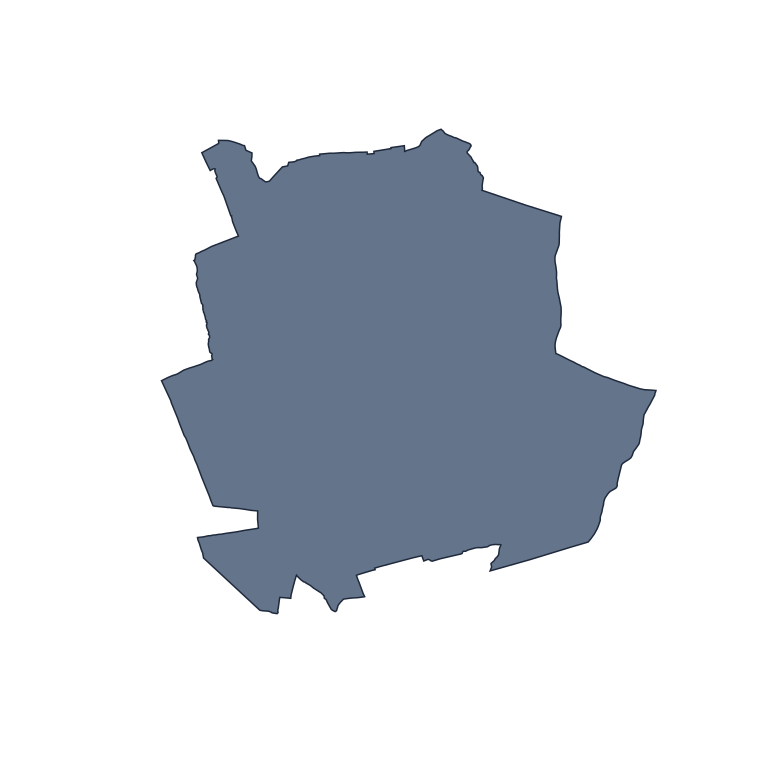 the district of Cozmesti, Iasi, Romania, rotated 203°
{"feature_id": "2599482B90266436678588", "entity_name": "Cozmesti", "entity_type": "district", "adm_level": 2, "iso_a3": "ROU", "parent_name": "Romania", "parent_adm1": "Iasi", "projection": "albers", "projection_center": [28.011, 46.872], "detail": "fine", "context": "isolated", "style": "filled", "palette": "slate", "viewbox_px": 768, "rotation_deg": 203, "n_neighbors": 0, "source": "geoboundaries", "source_scale": "gbopen_adm2", "svg_char_len": 6159}
<svg xmlns="http://www.w3.org/2000/svg" viewBox="0 0 768 768"><g transform="rotate(203 384 384)"><path d="M490.2,590.9L494.0,589.1L500.0,586.5L507.0,582.9L511.9,581.1L519.8,577.1L524.0,575.3L533.1,570.4L532.4,569.1L537.2,566.5L542.2,563.3L545.0,560.9L547.5,559.1L550.2,556.8L551.6,556.1L551.6,555.5L553.4,553.5L558.3,550.8L557.9,547.1L562.4,544.1L567.0,531.2L568.7,526.0L571.0,524.2L572.5,523.8L577.4,525.0L578.8,524.8L579.5,525.2L580.8,526.2L583.0,528.7L585.6,532.0L587.7,534.1L593.4,537.6L594.3,541.3L595.8,545.1L602.4,545.2L605.5,548.9L607.2,548.5L610.0,548.6L615.2,548.2L619.1,547.8L623.0,547.1L631.6,543.6L630.2,541.1L630.5,540.4L642.1,525.7L634.8,519.0L627.4,512.6L625.4,515.2L624.3,515.8L623.4,516.0L623.1,514.3L622.6,513.6L620.7,511.6L618.9,510.0L618.5,509.1L618.9,507.7L608.4,497.6L604.8,494.4L590.8,479.0L590.0,479.2L589.7,478.3L589.3,477.7L588.3,476.6L587.5,475.2L586.1,473.5L579.8,467.1L575.8,463.3L596.5,443.2L601.5,437.1L603.9,434.7L605.6,432.5L607.3,430.9L607.7,430.5L607.9,429.9L607.9,428.9L607.4,427.8L606.6,424.0L607.3,423.4L605.6,422.2L604.4,421.0L603.8,420.6L602.5,419.3L601.9,418.7L600.2,415.6L599.7,413.5L599.6,412.5L599.3,411.4L596.8,408.6L596.4,403.7L594.9,401.1L594.0,400.0L593.6,399.8L592.8,398.8L592.3,398.0L590.2,395.8L589.1,394.8L588.8,394.7L587.5,392.3L583.6,387.0L582.5,386.5L581.5,385.7L581.3,385.4L581.3,384.9L580.6,383.8L580.0,382.1L579.6,381.8L579.1,380.9L578.1,379.7L578.0,379.3L577.1,378.8L575.6,376.7L574.7,376.0L574.4,375.1L573.3,373.6L571.9,372.8L572.0,372.2L572.0,371.6L570.9,371.3L570.9,370.9L570.4,370.2L570.5,368.9L569.6,367.4L568.7,366.2L567.2,365.0L567.0,364.5L566.0,363.8L565.1,362.5L565.2,361.5L564.8,360.9L563.7,360.6L563.2,359.7L562.7,358.8L562.9,356.6L562.7,355.9L562.1,355.1L561.7,353.1L561.1,351.5L559.4,349.0L558.5,348.0L557.6,346.4L556.6,345.2L555.8,344.9L555.0,345.0L554.3,344.8L553.9,344.4L553.7,343.8L553.8,343.1L553.7,342.5L552.9,341.4L552.5,341.1L552.2,340.0L551.2,339.6L552.0,338.2L553.4,337.4L555.3,335.9L557.2,334.0L560.4,330.4L566.4,325.1L569.2,322.8L573.8,318.5L577.3,313.6L578.6,312.0L582.2,308.9L585.2,305.8L590.1,300.1L573.6,285.2L572.7,283.9L561.3,272.6L559.1,270.3L558.5,269.5L547.7,258.4L545.5,257.0L541.5,253.1L537.2,248.5L530.7,242.8L528.5,240.3L524.8,236.9L515.3,226.9L500.8,212.4L498.2,209.5L494.3,205.6L493.6,205.1L492.0,205.4L478.6,209.6L478.0,210.0L476.0,210.4L468.9,212.7L463.4,214.2L457.1,215.7L450.7,217.8L447.5,210.0L443.3,202.3L443.6,202.0L444.1,201.8L444.6,201.3L454.7,195.1L462.1,190.2L471.1,184.8L474.9,182.3L478.2,180.6L479.5,179.6L482.9,177.8L483.9,176.9L486.3,175.7L488.6,174.1L490.2,172.9L495.7,169.8L494.1,167.5L492.1,165.6L487.2,159.8L485.0,157.7L482.1,153.3L409.8,127.2L406.6,128.0L401.7,129.7L398.6,129.9L397.7,129.6L393.4,130.6L392.4,131.1L392.3,132.5L393.0,133.4L393.5,134.7L393.7,136.2L396.1,144.9L396.5,146.9L386.1,150.3L387.1,153.6L388.2,160.5L389.3,168.1L389.5,170.3L389.8,172.5L389.8,173.8L388.3,173.0L384.0,171.3L380.7,170.5L379.3,170.7L378.6,170.4L373.3,169.8L368.8,168.5L360.1,167.1L356.4,165.5L356.1,165.1L355.5,163.9L355.1,163.4L353.1,163.0L350.4,160.5L344.4,155.9L342.5,155.5L340.1,155.4L339.7,155.7L339.1,156.9L339.4,158.9L339.5,160.4L339.8,161.6L339.7,162.6L338.9,165.8L337.2,170.2L330.6,174.1L324.4,177.2L318.7,180.6L318.7,180.9L319.2,181.1L321.7,183.4L329.6,191.8L331.6,193.7L334.6,197.1L333.9,197.9L330.0,201.2L321.9,207.9L319.6,209.6L320.6,210.9L317.0,213.9L289.6,235.2L282.1,240.7L278.2,236.6L275.3,239.5L274.5,239.9L273.2,240.0L272.0,239.5L270.3,239.8L263.8,245.2L246.5,257.8L246.1,258.2L245.9,258.7L245.9,260.4L245.8,260.7L245.5,261.1L243.5,261.9L241.7,264.1L235.6,269.0L234.0,269.9L230.2,271.5L225.0,274.7L224.0,276.3L222.0,278.1L218.4,280.0L215.9,280.8L214.7,281.5L213.5,281.6L213.5,278.6L213.4,277.2L212.2,273.2L211.8,271.2L212.5,268.6L213.3,266.9L213.5,264.8L213.7,264.2L215.3,260.8L215.3,260.3L213.8,258.2L213.4,257.4L213.3,253.4L181.3,279.1L147.6,307.4L134.3,318.3L133.0,322.8L131.8,328.1L131.2,333.7L131.2,337.1L131.5,341.3L131.7,343.1L132.8,345.7L133.2,348.0L133.3,350.3L133.5,351.7L134.5,356.0L134.7,358.3L135.7,361.6L136.0,365.5L134.9,370.8L134.2,372.7L133.7,373.7L129.9,378.7L129.7,379.5L129.5,380.7L129.6,381.5L130.6,383.8L131.3,387.5L133.7,402.4L133.6,403.0L133.0,404.6L131.6,406.8L129.1,410.3L127.9,412.6L127.7,414.0L127.6,415.6L127.9,418.6L127.8,419.9L127.0,422.9L125.9,428.3L126.0,429.8L126.8,433.3L127.3,436.5L127.7,437.5L127.8,438.4L128.0,438.9L129.2,442.6L129.5,444.6L129.8,447.5L130.2,449.3L131.4,452.7L132.5,456.8L132.6,457.6L132.3,459.8L131.7,466.8L131.3,469.1L130.5,478.6L130.5,479.8L131.0,481.5L130.9,482.6L131.1,484.3L136.5,482.5L141.8,480.6L146.5,479.6L158.6,478.4L163.0,478.3L173.5,477.5L180.8,477.3L183.8,476.8L185.7,476.7L194.5,476.8L206.9,477.7L208.6,477.4L210.5,477.8L214.5,477.9L218.1,478.3L222.2,478.4L230.7,479.0L236.4,479.3L237.7,479.2L240.1,483.3L241.4,485.8L242.2,487.9L242.8,490.5L243.3,494.1L243.7,501.9L243.6,504.9L243.9,506.7L244.4,508.0L245.2,509.5L246.7,513.0L248.2,517.4L250.1,521.9L251.0,523.8L255.9,531.1L259.9,536.6L261.6,539.5L265.2,546.5L266.7,548.8L267.3,550.6L268.8,554.3L271.5,559.0L274.1,563.0L275.0,564.7L276.1,567.3L276.5,568.8L276.7,571.0L276.8,574.3L277.0,576.3L277.1,579.5L277.4,581.0L278.3,583.6L279.4,586.2L280.3,588.6L281.9,592.3L284.8,600.5L285.2,602.1L285.8,606.0L286.1,607.4L286.3,607.4L286.3,607.6L324.6,603.9L369.5,600.6L369.7,602.1L370.4,603.5L370.8,604.1L371.1,604.8L372.3,609.2L372.9,612.2L373.4,613.0L374.7,613.8L375.0,614.2L376.6,614.5L377.1,614.8L378.4,616.3L379.0,616.3L379.6,616.1L380.4,616.4L382.4,620.1L383.1,621.0L384.0,621.6L387.1,623.4L387.9,623.0L389.3,624.4L391.0,625.5L392.4,626.8L397.9,629.3L398.2,630.7L397.5,632.2L397.2,633.4L397.1,635.8L396.8,637.1L397.2,637.7L398.0,638.4L399.3,638.7L404.1,638.6L405.9,638.4L413.5,638.7L416.4,638.2L417.5,638.4L421.9,638.2L424.2,638.3L425.9,638.5L428.3,639.9L429.4,640.3L430.3,640.4L431.0,640.8L434.2,637.8L435.7,635.6L439.6,630.1L441.3,627.9L442.0,626.7L444.1,622.0L444.1,618.5L444.2,617.8L444.6,616.7L445.2,615.7L447.4,613.5L454.4,607.7L455.5,606.3L455.9,606.1L456.1,606.8L458.4,611.3L470.0,604.3L469.6,603.4L484.2,594.2L483.2,592.2L489.2,589.0L490.2,590.9Z" fill="#64748b" stroke="#1e293b" stroke-width="1.5"/></g></svg>